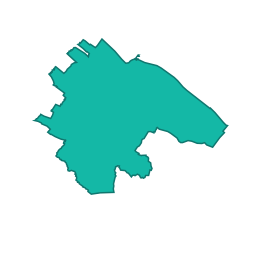 the district of Swords Lea-7, Fingal, Ireland, rotated 290°
{"feature_id": "5873133B96625316158825", "entity_name": "Swords Lea-7", "entity_type": "district", "adm_level": 2, "iso_a3": "IRL", "parent_name": "Ireland", "parent_adm1": "Fingal", "projection": "orthographic", "projection_center": [-6.277, 53.456], "detail": "fine", "context": "isolated", "style": "filled", "palette": "teal", "viewbox_px": 256, "rotation_deg": 290, "n_neighbors": 0, "source": "geoboundaries", "source_scale": "gbopen_adm2", "svg_char_len": 3174}
<svg xmlns="http://www.w3.org/2000/svg" viewBox="0 0 256 256"><g transform="rotate(290 128 128)"><path d="M195.9,113.2L194.8,112.9L195.0,110.5L193.3,108.5L191.8,107.3L189.5,106.4L188.1,103.7L190.4,98.7L195.7,89.3L202.7,73.1L194.9,71.0L192.4,69.8L193.8,64.0L193.1,63.5L195.2,58.0L195.6,55.7L191.4,54.2L191.6,53.5L190.2,53.4L189.4,52.4L187.3,58.8L185.3,63.0L185.7,63.5L184.7,66.2L183.7,66.0L181.4,66.4L183.3,61.8L185.7,51.3L185.0,49.7L182.3,49.0L182.1,47.9L181.2,47.5L180.7,47.8L180.1,46.4L178.3,46.4L178.0,45.7L177.6,45.9L177.0,45.4L172.0,57.2L170.8,55.1L168.3,53.1L166.6,53.1L162.5,50.9L159.9,50.4L157.4,49.0L160.9,39.1L160.1,38.6L157.8,38.8L158.2,38.0L157.0,37.8L156.6,37.2L156.3,37.6L155.3,37.1L154.7,37.5L154.5,36.8L153.7,36.9L153.5,36.4L153.0,36.9L152.5,36.6L152.1,35.4L151.6,35.3L149.8,38.5L146.6,41.9L144.2,43.5L142.9,43.0L142.6,44.4L143.0,46.3L142.6,47.2L142.0,46.7L139.1,56.5L136.6,55.9L135.0,59.2L133.1,58.4L133.0,59.2L129.8,57.8L127.3,57.6L127.3,56.7L125.2,56.7L125.4,52.0L118.7,50.5L118.7,50.0L117.8,49.9L117.3,52.6L114.1,52.7L110.5,52.1L110.4,45.0L111.0,41.3L109.7,41.2L108.5,40.4L105.8,39.6L105.4,38.8L103.5,38.2L103.1,37.7L103.5,41.2L103.2,44.7L102.4,45.5L102.1,51.2L100.3,55.4L96.6,54.0L95.5,57.4L95.8,58.0L95.0,62.4L94.6,68.7L95.1,73.1L95.7,74.0L94.8,73.2L93.9,73.7L93.6,72.7L92.6,72.5L91.6,72.7L91.7,73.7L90.6,73.9L87.3,72.3L86.0,72.3L85.6,71.6L83.3,70.4L81.4,70.2L80.2,69.6L79.1,70.4L77.1,69.9L76.4,71.5L76.6,73.4L75.6,74.4L75.2,75.2L75.5,76.0L74.8,76.6L75.2,80.1L74.4,80.7L74.0,82.0L72.4,83.0L72.1,83.8L71.1,84.0L70.0,85.6L68.6,85.5L67.4,86.3L67.5,87.8L68.8,89.3L68.8,92.9L67.7,94.1L66.6,93.9L66.7,94.9L64.9,95.3L65.1,95.9L63.9,96.7L62.5,97.1L61.3,96.9L60.3,99.5L59.8,99.4L60.0,100.7L59.0,101.2L57.6,105.9L57.2,105.8L57.1,108.4L56.3,109.4L56.5,109.9L56.0,112.0L54.6,112.1L53.3,116.1L57.6,124.1L62.7,136.8L65.8,135.0L68.7,134.5L70.5,133.5L77.4,132.7L78.8,133.1L79.8,131.8L81.7,131.8L81.8,131.2L84.0,129.6L85.0,130.0L87.4,129.6L88.1,130.8L88.9,130.9L89.3,132.9L87.9,133.0L87.5,134.0L85.9,135.4L87.0,140.0L85.6,142.5L85.7,143.8L83.2,147.9L85.1,148.5L85.8,150.0L85.6,150.9L87.8,152.6L87.5,154.9L85.6,156.9L85.8,157.9L86.5,158.5L86.1,159.6L87.3,160.8L89.4,160.8L90.5,163.6L96.1,163.0L96.2,164.3L98.2,164.4L100.1,162.7L103.0,161.2L103.7,158.5L106.7,157.6L107.5,156.5L107.7,154.6L108.6,154.2L107.0,150.3L106.6,150.0L106.7,146.8L107.9,147.0L108.3,144.0L109.2,142.3L113.4,143.3L115.2,144.8L118.7,145.6L121.0,145.1L122.3,145.3L123.6,146.7L131.1,148.2L131.6,148.5L132.4,150.5L132.3,154.0L133.5,153.8L133.6,154.7L135.6,154.7L136.7,155.1L137.7,154.8L138.5,155.2L137.6,157.8L138.3,166.6L137.6,170.1L135.4,177.5L132.9,180.4L132.3,182.5L132.9,184.2L136.7,188.7L137.4,192.3L137.3,198.2L138.7,202.7L140.4,205.0L139.0,207.8L138.9,213.8L138.9,214.1L150.4,217.5L156.6,220.2L157.5,218.3L164.3,220.7L164.2,219.2L165.9,215.6L172.2,204.5L174.9,198.6L174.4,198.4L183.5,170.3L185.4,165.6L189.4,158.5L191.3,154.1L195.7,138.6L196.5,133.8L195.2,121.3L195.9,113.2ZM195.4,110.7L195.1,110.5L195.1,112.6L196.1,113.1L195.8,112.2L196.9,111.8L195.4,110.7ZM200.1,112.6L198.5,112.1L199.2,113.8L199.9,113.0L200.2,113.2L200.1,112.6Z" fill="#14b8a6" stroke="#0f766e" stroke-width="1.5"/></g></svg>